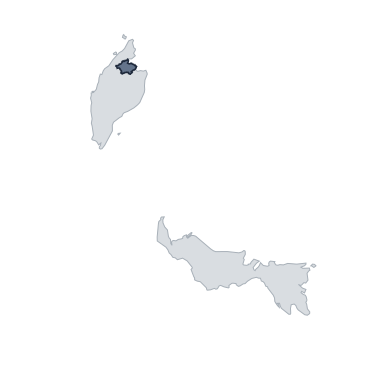 Hulu Perak, Perak, Malaysia (highlighted), rotated 54°
{"feature_id": "92858781B35407838405861", "entity_name": "Hulu Perak", "entity_type": "district", "adm_level": 2, "iso_a3": "MYS", "parent_name": "Malaysia", "parent_adm1": "Perak", "projection": "albers", "projection_center": [101.278, 5.451], "detail": "fine", "context": "in_parent", "style": "filled", "palette": "slate", "viewbox_px": 384, "rotation_deg": 54, "n_neighbors": 0, "source": "geoboundaries", "source_scale": "gbopen_adm2", "svg_char_len": 6862}
<svg xmlns="http://www.w3.org/2000/svg" viewBox="0 0 384 384"><g transform="rotate(54 192 192)"><path d="M331.4,189.6L329.2,189.3L326.2,187.5L323.2,186.9L314.4,187.1L313.1,186.6L311.5,187.7L308.4,186.9L306.6,187.1L304.7,188.2L302.0,187.3L300.7,188.9L298.9,190.0L297.1,194.4L296.8,199.7L297.3,202.9L296.4,204.7L296.2,208.4L295.5,210.0L293.1,210.7L292.0,210.2L289.8,212.5L289.3,213.5L289.3,217.0L291.0,218.1L291.0,218.9L287.5,221.9L284.4,223.7L283.9,225.2L285.2,228.3L284.7,229.8L283.1,230.6L282.0,234.6L280.5,237.2L280.0,237.5L277.8,236.7L269.5,238.0L267.1,240.2L264.7,241.5L262.8,240.3L261.9,240.4L254.1,238.3L253.7,236.4L252.9,236.1L244.9,236.4L240.0,238.5L238.2,243.6L235.5,244.2L233.6,245.9L230.1,245.8L228.0,246.3L224.6,245.5L221.4,245.5L211.2,248.9L207.9,246.6L197.8,237.7L196.4,236.2L196.0,233.4L194.9,232.9L194.5,232.2L194.3,231.4L195.8,229.1L197.4,232.0L199.9,233.6L204.2,234.6L208.3,234.2L213.9,237.1L215.8,237.5L217.7,237.3L221.3,239.5L223.4,239.5L220.5,238.0L220.0,236.8L220.3,235.5L222.1,233.7L222.3,230.9L223.7,228.1L224.0,226.8L222.9,225.8L222.7,224.1L223.4,221.7L225.3,222.9L226.9,222.6L226.8,218.2L228.0,216.4L229.9,215.0L248.9,210.4L252.0,209.3L254.1,208.0L260.8,198.6L268.8,189.8L269.9,186.8L269.8,184.6L270.2,184.1L271.1,183.8L272.9,184.9L273.9,185.7L275.7,189.4L277.3,189.4L280.0,192.9L280.6,193.3L281.4,193.1L283.5,190.8L284.0,189.1L283.5,188.9L284.5,186.9L283.6,185.7L282.7,181.4L287.5,178.2L287.5,181.7L289.0,186.9L291.4,187.6L292.7,187.2L292.0,185.7L291.7,182.6L291.0,180.6L289.4,178.1L293.4,177.5L296.4,174.6L296.8,172.9L294.8,171.9L294.0,170.6L294.0,169.2L297.0,165.9L297.4,166.8L299.4,167.0L300.4,166.9L301.7,165.6L302.4,163.6L304.7,160.9L306.0,156.6L311.9,149.7L316.5,141.6L317.4,142.2L317.8,144.3L316.8,148.1L318.9,147.2L322.5,141.8L324.6,142.6L324.5,144.0L325.4,146.7L331.5,150.0L332.5,153.5L331.1,154.8L331.7,158.1L331.3,159.2L329.3,160.2L334.7,159.1L337.8,157.1L339.8,160.3L336.8,161.7L337.5,163.0L340.4,162.1L342.1,161.0L343.9,161.2L346.7,162.4L347.5,163.1L348.1,164.7L350.2,165.2L354.4,167.3L358.2,167.2L359.5,168.3L359.5,171.1L357.6,172.9L349.8,175.4L347.7,175.4L344.8,174.7L342.7,175.2L341.5,178.0L344.0,180.7L348.1,183.4L348.7,184.1L347.9,185.5L338.8,188.0L336.8,187.8L333.4,186.6L331.4,189.6ZM32.5,154.3L33.5,150.4L35.0,150.2L36.4,152.5L41.2,154.3L42.7,153.7L43.4,154.0L44.0,154.6L45.4,157.7L48.5,157.8L48.8,162.7L47.4,164.6L47.2,165.9L49.5,168.2L50.8,167.6L51.9,165.6L57.1,163.5L59.1,165.7L61.1,165.7L62.5,164.9L63.5,162.3L65.6,160.3L66.4,157.8L69.3,158.4L70.4,159.0L73.8,164.3L78.1,168.0L81.4,170.1L83.4,172.1L88.9,181.6L89.5,184.7L89.8,189.5L89.0,196.6L88.0,200.2L88.2,201.9L89.6,204.4L89.2,206.9L89.4,214.5L91.1,217.2L95.8,220.5L102.9,235.2L104.1,239.4L103.4,240.9L102.2,241.3L101.1,240.5L100.4,238.5L98.8,236.9L99.0,239.8L96.0,239.5L93.9,239.9L91.4,241.9L90.2,242.0L88.1,238.3L80.1,234.1L77.2,233.0L74.1,229.8L67.2,226.3L62.8,222.9L60.9,220.7L56.5,218.9L54.5,216.6L52.6,215.4L53.6,213.2L52.7,209.1L49.5,205.3L48.0,202.7L45.0,200.1L42.7,196.9L44.0,195.9L41.7,192.4L40.9,189.9L41.0,185.1L38.5,178.3L36.5,169.0L36.9,165.7L36.3,162.2L32.5,154.3ZM322.6,138.3L321.6,139.3L321.2,136.8L322.6,135.4L324.6,135.1L324.7,137.4L324.3,138.0L322.6,138.3ZM27.9,153.9L29.1,155.8L28.2,156.8L27.5,156.6L26.1,157.4L24.6,155.6L24.5,154.7L26.2,154.9L27.9,153.9ZM226.0,222.0L225.4,222.2L224.6,221.7L224.4,216.4L224.9,216.0L225.7,217.0L226.0,222.0ZM36.3,172.1L35.0,174.5L33.7,174.2L33.9,171.4L34.7,171.1L36.3,172.1ZM336.7,189.2L334.3,189.6L332.6,189.6L332.8,188.2L333.6,187.9L336.7,189.2ZM102.8,217.9L101.6,218.0L101.2,217.3L102.2,215.5L102.8,217.9ZM53.0,213.6L52.1,213.9L52.2,212.9L52.9,212.3L53.0,213.6Z" fill="#d9dde1" stroke="#a8b0b8" stroke-width="1"/><path d="M59.3,166.1L59.3,165.9L59.3,165.7L59.2,165.7L58.9,165.4L58.9,165.2L58.8,164.9L58.8,164.7L58.8,164.4L58.8,164.2L58.7,164.1L58.4,164.1L58.2,164.0L58.2,163.8L58.1,163.7L58.0,163.4L57.8,163.5L57.6,163.3L57.6,163.1L57.3,163.2L57.1,163.3L56.7,163.3L56.6,163.5L56.4,163.7L56.0,164.0L55.9,163.9L55.9,164.1L55.7,164.1L55.3,164.2L55.2,164.2L54.9,164.1L54.7,164.1L54.4,164.1L54.2,164.3L54.1,164.5L54.0,164.8L53.9,164.8L53.6,164.9L53.5,165.1L53.4,165.2L53.1,165.2L53.0,165.3L52.7,165.2L52.4,165.1L52.2,165.3L52.0,165.6L51.9,165.8L51.8,166.2L51.9,166.5L51.9,166.8L51.9,167.0L51.4,167.3L51.3,167.6L51.2,167.8L50.7,168.0L50.3,168.3L49.9,168.5L49.8,168.3L49.6,167.7L49.4,167.4L49.2,167.1L49.0,166.8L48.7,166.6L48.5,166.3L48.3,166.4L47.7,166.1L47.2,165.8L46.9,165.8L46.6,165.9L46.6,166.1L46.7,166.4L46.9,166.6L47.1,166.8L47.2,167.1L47.2,167.4L47.0,167.9L46.9,168.0L46.7,168.0L46.6,168.3L46.4,168.5L46.2,168.8L46.4,169.0L46.6,169.0L46.5,169.3L46.4,169.5L46.5,169.6L46.6,169.8L46.4,170.0L46.4,170.3L46.2,170.6L45.9,170.7L45.6,170.6L45.6,170.8L45.4,170.9L45.3,171.2L45.3,171.5L45.3,171.8L45.4,172.0L45.6,172.0L45.8,171.9L45.9,172.0L46.0,172.1L46.0,172.3L46.1,172.5L46.2,172.8L46.2,173.0L46.3,173.1L46.4,173.3L46.4,173.6L46.4,173.8L46.5,173.9L46.5,174.0L46.6,174.3L46.7,174.5L46.6,174.8L46.3,174.9L46.2,175.0L46.1,175.3L45.9,175.4L45.8,175.5L45.7,175.6L45.9,175.9L46.1,176.1L46.3,176.3L46.3,176.5L46.2,176.6L46.2,176.8L46.3,177.0L46.2,177.1L46.3,177.2L46.2,177.3L46.2,177.5L46.0,177.8L46.0,178.0L45.9,178.0L45.7,178.2L45.6,178.3L45.6,178.5L45.6,178.8L45.7,179.0L45.4,179.1L45.4,179.3L45.2,179.3L45.3,179.6L45.5,179.6L45.8,179.5L46.0,179.5L46.1,179.4L46.3,179.4L46.7,179.5L47.1,179.5L47.3,179.5L47.5,179.6L47.9,179.6L48.0,179.7L48.1,179.4L48.2,179.2L48.3,179.1L48.3,178.9L48.4,178.7L48.6,178.6L48.7,178.4L48.8,178.3L48.9,178.1L49.2,177.8L49.3,177.8L49.5,177.9L49.9,178.1L50.1,178.0L50.2,177.9L50.3,178.0L50.6,178.0L50.8,178.2L51.0,178.1L51.3,178.0L51.5,178.0L51.8,177.9L52.0,178.0L52.3,178.2L52.5,178.0L52.8,178.3L53.0,178.3L53.2,178.2L53.3,178.2L53.4,178.3L53.5,178.4L53.5,178.5L53.8,178.6L53.8,178.9L53.7,179.1L53.8,179.2L53.7,179.3L53.8,179.6L54.0,179.6L54.3,179.5L54.3,179.4L54.5,179.4L54.8,179.4L55.0,179.2L55.3,179.1L55.2,178.9L55.4,178.7L55.4,178.4L55.4,178.2L55.5,178.2L55.5,177.9L55.8,177.6L55.7,177.4L55.8,177.3L55.7,177.2L55.8,177.1L55.9,176.9L55.8,176.7L55.9,176.3L55.8,176.2L56.1,175.9L56.3,175.7L56.3,175.3L56.3,175.1L56.5,174.9L56.5,174.7L56.9,174.6L56.9,174.3L57.0,174.2L57.3,174.1L57.3,173.9L57.4,173.5L57.5,173.5L57.7,173.4L57.8,173.4L57.9,173.2L58.0,173.2L58.3,173.2L58.4,173.3L58.5,173.3L58.6,173.2L58.9,173.3L59.0,173.5L59.1,173.4L59.3,173.4L59.5,173.4L59.7,173.2L59.8,173.2L60.0,173.1L60.3,172.8L60.4,172.7L60.2,172.5L60.2,172.4L60.3,172.2L60.3,171.9L60.2,171.8L60.2,171.5L60.2,171.4L60.1,171.2L60.3,171.0L60.3,170.7L60.2,170.4L60.1,170.5L59.8,170.3L59.7,170.3L59.5,170.5L59.4,170.5L59.1,170.3L58.9,170.4L58.8,170.1L59.0,169.9L59.1,169.7L59.2,169.3L59.2,169.1L59.1,168.8L58.9,168.8L58.8,168.7L58.9,168.3L58.8,168.1L58.8,167.8L58.8,167.6L59.0,167.5L59.1,167.4L59.4,167.0L59.3,166.7L59.3,166.4L59.3,166.2L59.3,166.1Z" fill="#64748b" stroke="#1e293b" stroke-width="1.5"/></g></svg>